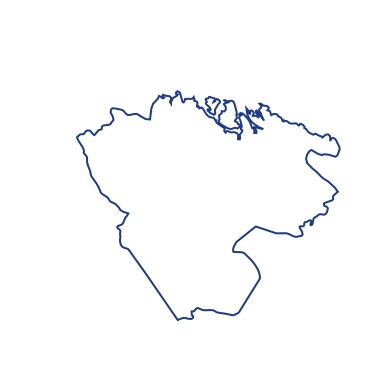 the border of Västra Götaland, rotated 120°
{"feature_id": "SWE-3428", "entity_name": "Västra Götaland", "entity_type": "County", "adm_level": 1, "iso_a3": "SWE", "parent_name": "Sweden", "parent_adm1": "", "projection": "mercator", "projection_center": [12.229, 58.206], "detail": "fine", "context": "isolated", "style": "outline", "palette": "blue", "viewbox_px": 384, "rotation_deg": 120, "n_neighbors": 0, "source": "natural_earth", "source_scale": "10m", "svg_char_len": 5959}
<svg xmlns="http://www.w3.org/2000/svg" viewBox="0 0 384 384"><g transform="rotate(120 192 192)"><path d="M101.9,111.0L106.1,109.9L109.4,106.6L111.3,100.0L112.3,94.0L113.9,88.6L114.6,85.3L114.8,79.3L116.5,71.6L117.1,69.6L118.2,67.6L118.8,65.8L124.3,67.7L126.0,67.4L127.6,66.1L128.5,66.2L129.7,66.9L135.3,71.8L136.1,71.9L136.6,71.7L137.7,70.6L137.7,70.0L137.5,68.8L137.7,66.9L138.9,65.8L142.7,65.0L144.5,65.4L145.7,66.4L147.2,70.1L148.1,70.8L151.3,72.1L153.3,73.3L154.1,73.4L159.6,71.7L160.7,71.9L161.3,72.4L161.2,73.0L160.6,73.4L158.3,73.7L157.6,74.1L157.2,74.7L157.4,75.4L157.8,76.1L160.5,77.7L161.7,79.1L162.9,79.2L164.3,78.4L165.8,78.3L166.3,78.8L167.2,80.6L168.1,81.5L168.8,81.2L169.7,79.9L171.1,77.2L173.2,75.1L174.6,74.9L175.5,75.6L177.0,77.5L178.2,78.5L179.0,79.8L179.5,81.6L180.0,87.3L180.4,89.1L180.9,90.3L185.6,98.2L190.0,119.5L212.9,128.5L218.5,128.5L220.4,128.0L222.3,127.0L223.0,126.4L222.8,125.2L219.9,120.1L219.1,118.1L218.8,116.1L221.4,106.4L222.4,103.7L223.7,100.7L225.9,96.7L227.5,94.5L230.0,91.9L232.0,90.4L233.7,89.9L272.8,91.2L274.4,91.9L278.2,94.7L280.8,102.5L283.7,109.8L283.8,114.0L284.4,115.9L288.0,121.8L288.9,123.9L289.2,125.8L289.4,128.2L289.9,129.4L291.5,130.2L294.0,130.6L294.7,131.0L295.3,132.5L295.8,132.6L298.1,131.0L298.7,130.4L299.0,129.1L299.4,128.6L300.1,128.2L301.3,128.5L302.6,129.5L303.7,132.1L304.6,135.2L305.9,137.1L310.0,140.4L285.6,191.6L273.4,218.5L273.5,219.9L274.2,222.9L274.3,224.4L274.0,225.8L273.2,227.3L271.8,228.8L269.9,230.2L265.7,232.1L265.1,232.9L261.5,234.6L260.9,235.6L260.5,238.3L260.1,239.0L259.5,239.3L258.5,239.1L255.3,236.6L253.9,236.1L247.3,236.9L245.9,236.5L242.4,236.4L243.5,241.7L243.4,245.0L241.8,248.1L240.7,252.2L240.7,253.6L241.1,257.4L240.8,258.8L239.6,261.0L238.9,262.9L238.6,269.1L238.1,270.7L235.2,274.3L232.5,278.8L229.1,286.1L228.3,287.5L227.5,288.4L224.8,290.6L220.9,295.6L218.3,298.0L214.6,300.1L213.6,301.6L212.5,304.9L212.1,305.5L210.6,306.0L209.4,307.1L207.8,309.3L204.3,316.1L203.2,317.6L202.0,319.0L198.1,317.7L196.9,316.1L196.3,315.1L195.8,314.7L193.4,314.5L191.6,313.9L190.6,312.9L190.0,311.3L190.1,310.0L191.5,306.7L191.6,305.3L191.5,304.9L185.9,304.0L184.8,303.5L183.1,301.8L182.5,301.8L180.8,302.6L179.9,302.6L178.5,301.8L175.6,297.9L174.7,297.0L173.8,296.6L171.8,296.6L169.4,296.0L168.7,296.1L165.9,298.8L164.4,301.5L163.6,302.3L161.7,303.2L160.0,303.1L159.3,302.7L158.5,301.4L156.5,295.8L156.0,293.8L155.9,292.2L157.3,288.0L157.4,287.0L157.3,286.0L155.8,283.7L153.8,281.6L152.3,279.5L152.0,278.5L151.9,277.6L152.1,272.3L152.0,268.5L150.1,264.6L140.1,268.9L135.2,269.8L128.0,268.2L125.3,268.6L125.2,267.1L125.5,264.1L124.3,263.3L123.9,265.0L123.1,265.8L122.4,265.7L122.0,264.5L121.8,262.7L120.7,260.4L120.3,259.2L120.9,256.7L125.0,256.2L126.0,254.3L124.6,255.1L121.0,255.5L119.4,255.1L116.2,253.2L114.7,253.0L115.0,255.1L114.1,255.5L113.0,255.4L112.0,254.8L111.9,253.5L112.1,252.0L118.2,245.8L118.7,244.9L118.6,244.1L117.4,243.9L116.0,244.1L115.0,244.5L113.4,242.3L112.2,239.9L110.9,238.2L108.9,238.0L110.3,236.3L111.9,235.5L111.3,233.0L112.2,231.8L115.5,230.5L115.5,229.7L114.6,229.7L114.6,228.9L115.5,228.5L115.9,227.3L114.0,226.1L114.5,224.0L117.3,219.0L118.1,216.0L118.3,214.3L117.0,210.4L117.2,209.3L118.1,208.3L117.7,206.7L119.2,206.3L119.9,204.1L120.5,196.1L120.7,195.3L122.9,194.7L123.4,194.0L123.8,192.6L122.8,192.7L121.9,192.4L121.4,191.4L120.9,188.1L118.9,185.1L118.6,182.2L119.7,180.5L123.3,178.5L122.6,177.0L121.2,177.3L118.5,179.3L115.0,178.9L113.4,179.2L113.3,180.9L112.4,181.6L110.4,181.6L106.5,185.1L104.1,188.4L102.3,188.5L100.6,187.6L101.5,190.1L99.3,189.4L98.7,187.5L99.2,184.9L100.2,181.8L101.6,178.4L103.2,175.8L106.7,171.8L105.8,170.9L106.7,169.6L107.7,168.7L109.8,167.6L108.7,165.8L107.2,166.5L104.6,170.2L103.9,168.6L102.3,162.6L101.9,162.6L102.4,166.2L102.2,170.4L101.6,174.6L100.4,178.1L98.6,181.0L96.8,183.2L92.3,186.8L92.9,185.0L93.6,183.7L95.3,181.8L95.3,180.9L94.4,181.0L92.5,182.1L91.9,181.8L91.5,180.3L91.9,179.0L92.6,178.0L95.7,177.4L94.0,174.7L94.1,171.8L93.0,171.9L92.4,172.9L91.5,175.9L90.7,176.7L89.7,177.2L89.1,176.9L89.5,175.6L91.7,170.6L93.0,168.1L94.1,165.1L93.5,166.4L90.8,170.3L89.3,171.8L88.4,174.3L86.6,175.2L84.9,174.4L83.2,174.5L81.8,177.7L81.2,176.9L81.1,176.1L81.4,173.9L81.2,172.8L80.1,170.2L80.4,168.0L81.3,167.3L83.6,167.6L83.1,165.2L83.7,164.0L84.8,163.1L85.8,161.8L83.5,160.3L82.4,157.9L82.3,157.2L82.7,156.2L83.2,155.9L83.2,152.3L83.4,151.3L85.0,149.6L85.3,148.4L84.0,148.4L84.3,146.9L83.5,146.0L83.2,145.1L83.2,144.0L83.6,142.8L83.6,141.7L83.0,139.9L80.5,136.2L81.0,132.7L80.6,132.4L79.0,132.4L78.4,131.4L78.5,129.2L79.2,127.2L80.5,126.6L80.3,125.0L81.8,121.4L82.0,120.4L81.8,116.0L81.5,115.4L80.0,114.6L79.7,113.5L79.7,110.6L79.5,109.3L79.2,108.1L79.7,106.3L76.4,105.2L74.7,104.0L74.0,102.5L74.6,100.6L75.9,99.4L78.8,97.8L76.1,98.0L74.9,97.4L74.4,95.7L74.7,94.1L75.3,92.9L79.4,86.8L81.1,85.5L87.5,84.4L89.7,85.4L90.6,88.9L91.1,91.6L92.2,94.3L93.5,96.6L94.5,97.8L95.0,97.8L96.0,101.6L95.9,109.6L97.8,110.7L101.9,111.0ZM118.5,190.9L118.9,193.2L119.0,195.9L118.9,201.3L118.4,203.6L117.0,204.2L115.3,204.5L112.2,206.9L108.8,205.7L107.2,206.7L106.1,204.4L104.4,203.9L102.5,204.5L101.1,205.8L100.0,208.4L98.7,207.9L96.6,205.8L96.6,210.0L96.2,210.0L95.6,206.3L93.6,204.0L93.0,202.9L93.1,201.2L94.4,199.3L100.7,193.0L102.9,192.2L105.4,190.1L108.4,190.5L109.3,190.1L109.1,188.8L109.1,187.6L109.6,186.6L110.3,186.0L109.8,184.3L110.8,183.5L111.9,183.5L114.2,184.3L114.9,187.0L117.4,189.0L118.5,190.9ZM114.2,211.7L114.1,213.7L114.3,214.4L114.6,215.0L113.7,219.0L112.9,219.7L112.3,219.6L112.1,218.8L112.4,217.4L111.4,216.9L110.4,218.0L109.6,219.9L109.1,223.1L108.5,224.1L107.8,224.6L106.5,224.2L105.0,226.5L104.1,226.4L102.8,224.8L101.1,224.7L100.7,224.2L100.4,221.7L99.7,219.6L99.9,218.6L100.7,218.1L102.4,218.4L103.3,218.3L102.0,217.5L100.5,217.5L99.3,217.2L98.8,215.3L99.3,213.2L100.5,212.6L103.3,213.2L109.1,213.2L110.5,212.7L111.6,211.6L112.8,211.0L114.2,211.7Z" fill="none" stroke="#1e3a8a" stroke-width="2"/></g></svg>